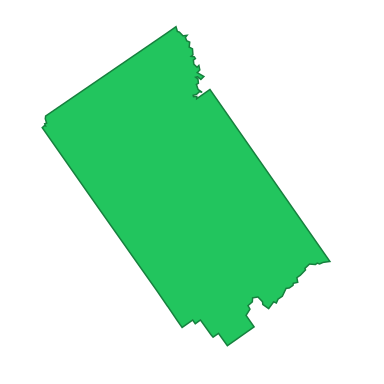 Uintah, Utah, United States of America, rotated 145°
{"feature_id": "52423323B93932790335790", "entity_name": "Uintah", "entity_type": "district", "adm_level": 2, "iso_a3": "USA", "parent_name": "United States of America", "parent_adm1": "Utah", "projection": "robinson", "projection_center": [-109.611, 40.16], "detail": "fine", "context": "isolated", "style": "filled", "palette": "green", "viewbox_px": 384, "rotation_deg": 145, "n_neighbors": 0, "source": "geoboundaries", "source_scale": "gbopen_adm2", "svg_char_len": 1296}
<svg xmlns="http://www.w3.org/2000/svg" viewBox="0 0 384 384"><g transform="rotate(145 192 192)"><path d="M277.6,178.5L277.4,132.2L277.5,121.7L277.5,120.6L277.6,112.3L277.5,112.2L277.8,95.8L277.8,88.6L277.8,86.7L264.9,86.7L264.9,82.2L258.5,82.3L258.3,64.0L258.0,61.0L251.4,61.0L251.2,45.8L218.5,45.9L218.5,59.9L211.7,62.8L211.3,66.8L205.6,67.4L203.1,70.5L198.2,68.2L197.2,61.7L198.5,59.2L196.1,52.5L188.1,55.2L186.6,52.7L182.9,54.9L177.8,54.8L170.2,59.1L167.4,57.6L162.8,57.6L161.4,59.1L157.2,57.4L155.2,61.7L150.9,61.7L143.7,63.1L143.3,64.7L137.1,65.6L132.5,61.8L130.2,61.9L128.8,59.9L124.9,59.1L118.9,56.0L118.8,120.9L118.7,159.8L118.5,265.7L134.7,265.7L133.3,267.5L136.1,269.2L135.6,270.6L132.2,269.4L128.4,269.9L126.5,267.9L128.2,272.5L126.7,277.6L124.4,277.4L122.4,281.0L123.2,283.9L121.3,283.2L120.2,279.1L116.0,279.8L119.3,286.8L115.6,287.5L113.8,291.7L116.3,291.3L117.2,295.6L115.2,299.3L112.7,299.3L112.6,301.4L114.9,303.6L112.5,303.9L109.5,309.0L111.2,312.3L107.9,316.1L109.6,318.9L108.8,322.4L106.2,323.2L109.8,325.1L110.6,330.2L111.9,331.9L110.3,336.6L122.5,336.6L268.3,338.2L270.2,336.1L271.6,331.8L273.5,332.4L274.1,330.2L274.7,331.0L277.8,330.6L277.8,296.4L277.8,251.3L277.7,212.7L277.6,187.3L277.6,187.2L277.6,178.5Z" fill="#22c55e" stroke="#15803d" stroke-width="1.5"/></g></svg>